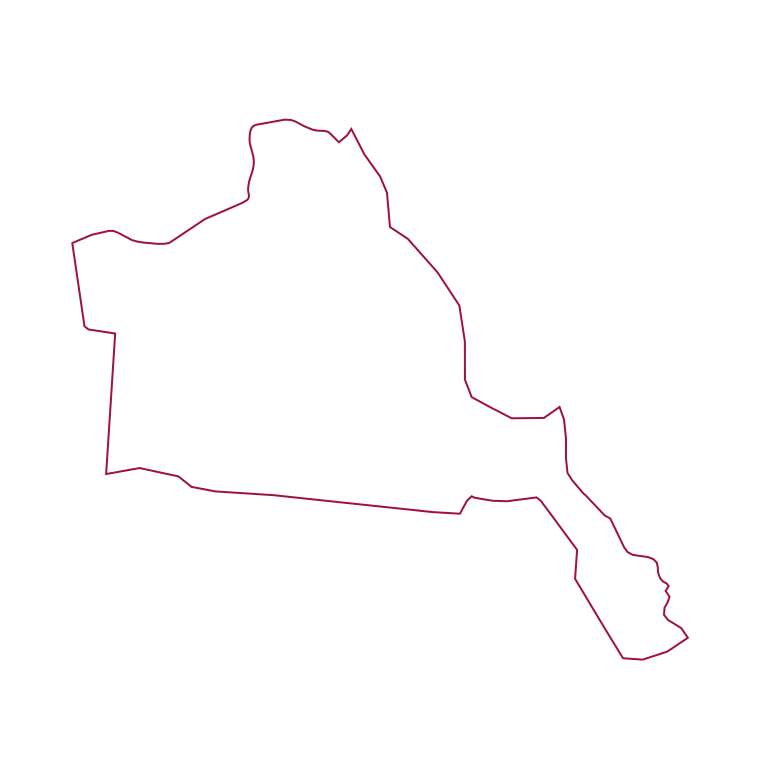 the border of Mamou, rotated 94°
{"feature_id": "GIN-5653", "entity_name": "Mamou", "entity_type": "Prefecture", "adm_level": 1, "iso_a3": "GIN", "parent_name": "Guinea", "parent_adm1": "", "projection": "mercator", "projection_center": [-11.878, 10.604], "detail": "fine", "context": "isolated", "style": "outline", "palette": "rose", "viewbox_px": 768, "rotation_deg": 94, "n_neighbors": 0, "source": "natural_earth", "source_scale": "10m", "svg_char_len": 1528}
<svg xmlns="http://www.w3.org/2000/svg" viewBox="0 0 768 768"><g transform="rotate(94 384 384)"><path d="M493.2,654.9L352.4,655.7L350.2,682.7L347.3,686.8L265.2,704.8L265.1,704.7L255.6,686.1L250.4,668.9L250.2,664.7L251.5,660.2L258.0,645.5L259.0,640.9L259.7,634.3L260.0,619.3L259.4,612.6L258.3,608.1L231.8,573.9L213.2,538.0L209.9,533.2L208.2,532.2L206.7,531.8L205.3,531.9L200.7,533.0L197.8,533.2L191.4,532.7L179.5,529.8L175.1,529.3L170.4,529.4L165.9,530.3L153.1,534.7L149.1,535.2L144.7,535.3L140.7,534.9L137.2,533.6L135.4,531.8L134.3,529.5L127.2,501.4L127.1,495.2L128.4,490.4L132.4,481.7L135.4,472.6L135.9,467.7L135.7,460.5L136.4,457.3L137.9,455.1L146.0,445.9L138.6,438.2L131.9,434.4L156.2,419.7L177.2,402.4L192.9,394.4L227.0,389.0L237.5,370.4L269.0,338.3L300.5,314.3L335.9,306.3L373.9,303.6L391.0,295.6L400.1,275.6L409.3,254.2L406.7,222.1L394.7,207.3L406.9,201.9L426.3,198.6L445.4,197.3L460.0,194.7L467.2,189.3L479.6,177.1L480.8,175.3L499.7,154.7L502.5,148.8L530.1,133.1L534.7,129.3L537.1,123.9L538.3,108.2L540.0,102.9L543.3,99.3L548.3,98.0L552.3,97.6L555.1,96.6L558.9,94.7L561.6,91.9L563.3,88.0L565.8,86.0L570.8,88.6L576.4,84.3L581.7,85.7L587.5,88.5L594.7,88.6L599.6,84.2L606.9,70.3L616.0,63.2L631.2,82.8L640.9,106.7L640.9,126.4L613.3,146.1L565.0,179.8L536.0,179.8L495.4,214.4L492.2,217.3L490.0,218.9L486.5,223.8L492.4,253.3L492.9,267.7L491.1,285.9L489.9,288.7L494.7,293.1L508.1,299.2L508.4,326.0L502.6,487.2L502.9,544.9L500.1,568.7L490.5,582.7L484.9,622.0L493.2,654.9Z" fill="none" stroke="#9f1239" stroke-width="2"/></g></svg>